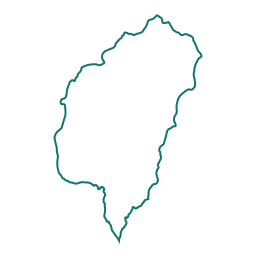 San Juanito, Meta, Colombia
{"feature_id": "7082276B64905433101217", "entity_name": "San Juanito", "entity_type": "district", "adm_level": 2, "iso_a3": "COL", "parent_name": "Colombia", "parent_adm1": "Meta", "projection": "equal_earth", "projection_center": [-73.664, 4.461], "detail": "fine", "context": "isolated", "style": "outline", "palette": "teal", "viewbox_px": 256, "rotation_deg": 0, "n_neighbors": 0, "source": "geoboundaries", "source_scale": "gbopen_adm2", "svg_char_len": 5773}
<svg xmlns="http://www.w3.org/2000/svg" viewBox="0 0 256 256"><path d="M119.6,39.2L117.8,41.0L117.3,41.9L116.7,42.5L116.2,42.8L115.7,43.7L115.0,45.9L114.6,46.5L113.7,47.5L111.0,48.8L108.8,49.5L104.6,51.5L102.9,53.6L102.2,54.9L102.0,57.7L102.6,59.3L103.7,61.3L104.2,61.9L104.2,62.4L104.2,62.8L104.0,63.1L102.8,63.9L100.1,65.2L99.2,65.2L96.4,64.4L94.5,64.2L90.5,64.5L88.4,64.9L85.2,65.8L84.2,66.3L82.8,66.8L81.6,67.8L81.5,68.1L81.4,68.9L81.3,69.7L81.0,70.4L80.2,71.5L79.8,72.2L78.5,73.4L78.0,74.2L77.7,75.4L77.4,76.4L77.0,76.9L76.5,77.1L75.9,77.9L75.2,79.5L75.0,80.5L74.6,81.0L74.4,81.1L73.9,80.9L73.4,80.4L72.2,80.2L70.2,81.5L69.9,82.1L69.5,82.9L68.9,84.6L68.2,86.3L67.1,89.6L66.5,94.5L65.9,96.6L65.6,97.4L64.5,98.3L63.9,98.6L61.8,99.3L61.6,99.5L61.1,100.0L60.8,101.3L60.7,102.5L60.9,103.4L61.0,103.6L61.2,103.8L61.9,104.1L63.7,104.2L64.4,104.4L64.6,104.6L64.9,105.3L65.4,109.3L65.5,112.4L65.3,116.0L64.9,116.8L63.5,121.3L62.8,124.0L62.4,125.0L61.8,127.3L61.4,128.1L60.9,128.7L60.1,129.3L58.9,130.5L57.4,131.5L56.6,132.8L55.7,133.9L55.1,135.5L54.5,137.5L54.6,138.5L54.8,139.5L55.8,144.0L56.4,146.3L56.7,147.6L56.8,149.2L56.8,150.8L57.1,152.7L57.3,153.8L57.7,154.8L57.9,155.9L57.9,156.6L57.8,157.5L57.3,161.6L57.4,166.3L58.0,169.5L58.8,172.4L59.2,173.4L59.6,173.9L61.1,175.4L62.3,177.9L62.5,178.1L64.1,178.8L64.6,179.5L65.9,180.4L66.3,180.6L67.2,180.6L67.8,180.9L69.3,182.1L71.1,182.5L72.7,182.7L73.7,183.2L74.5,183.5L76.7,183.5L78.5,183.1L79.2,182.7L80.6,182.6L81.4,182.1L81.9,182.1L84.6,182.4L85.1,182.3L86.2,182.5L87.2,182.4L87.8,182.6L88.9,182.7L90.0,183.0L91.7,184.0L92.7,184.8L93.2,185.4L93.7,185.7L94.2,185.7L94.6,185.1L94.8,185.1L95.4,185.1L96.2,185.1L96.8,185.6L97.2,185.9L97.3,186.1L97.6,187.0L97.8,187.4L98.1,188.6L98.3,189.1L98.5,189.2L98.8,189.2L99.0,188.9L99.8,188.9L100.1,188.3L100.3,187.5L100.4,187.4L101.0,187.5L101.8,187.0L102.2,187.1L102.6,187.0L103.2,187.9L103.6,188.1L103.9,188.2L104.1,188.4L104.2,188.9L104.2,189.4L103.8,190.2L103.6,191.1L103.6,191.5L103.8,192.2L104.5,193.0L105.0,194.0L105.2,194.8L104.7,196.5L104.4,196.8L103.8,198.4L103.6,199.1L103.5,199.5L103.8,202.5L104.0,202.7L104.6,203.2L104.9,203.7L104.9,204.0L104.6,205.8L105.0,207.3L105.1,208.2L105.0,209.4L105.1,210.6L105.1,211.6L104.4,214.5L104.3,216.1L104.4,216.8L105.4,218.3L106.0,219.6L106.5,220.3L106.6,220.8L106.8,221.5L107.0,221.6L108.6,221.7L109.1,222.1L108.9,222.7L109.0,223.0L110.1,224.3L110.7,225.3L111.1,226.2L111.4,228.1L111.9,230.0L112.5,231.1L112.9,231.5L113.6,232.7L114.4,233.6L115.0,234.6L116.0,236.1L116.8,236.9L117.6,238.0L118.1,238.8L118.8,240.3L119.0,240.6L119.0,240.0L119.3,238.6L119.9,237.5L120.3,236.3L120.7,234.7L120.7,232.6L122.0,229.7L122.3,228.8L122.5,228.5L123.2,228.4L123.6,228.0L125.0,225.9L126.0,224.5L126.3,223.8L126.5,223.2L126.4,222.3L126.1,221.6L125.5,220.8L125.4,220.3L125.5,218.9L125.2,218.1L125.3,217.7L125.6,217.4L126.0,217.2L126.7,217.8L127.1,217.8L127.3,217.7L127.8,217.2L128.1,216.7L128.5,215.0L128.8,214.3L129.2,213.9L130.1,213.2L130.7,212.4L131.3,211.0L132.0,209.8L132.5,208.7L132.6,207.6L133.0,207.1L133.6,207.0L134.8,208.1L135.7,208.5L136.9,207.8L137.5,207.8L138.3,207.1L138.7,206.6L139.6,206.5L140.3,206.1L140.8,205.9L141.0,205.8L142.0,204.4L142.3,203.5L142.8,202.9L143.4,202.7L143.7,202.1L144.1,201.7L144.6,200.3L145.2,200.1L145.9,199.9L148.4,198.9L148.2,198.3L148.0,197.3L148.0,197.0L148.5,195.4L148.6,192.1L148.9,190.5L149.2,189.6L149.6,188.8L150.3,187.8L151.5,186.6L151.9,185.7L152.6,184.8L153.7,184.2L155.1,184.0L156.2,183.7L156.7,183.2L157.0,182.8L157.6,181.7L157.8,181.2L157.8,180.7L157.7,178.7L157.6,178.1L156.9,176.3L156.5,174.6L156.4,173.3L156.4,172.2L157.0,170.2L157.3,169.4L157.9,168.7L158.4,168.0L158.6,167.6L158.6,167.3L158.5,166.9L157.9,165.1L157.9,164.5L158.1,163.9L158.9,162.9L159.4,161.5L160.1,160.3L160.3,159.8L161.0,158.2L161.1,157.9L161.1,157.4L160.4,154.8L160.3,152.6L160.1,151.9L159.2,150.7L159.2,149.9L159.9,147.4L160.2,146.9L161.9,145.4L162.5,145.1L163.1,144.7L163.8,143.8L164.0,143.2L164.8,140.1L165.6,137.7L166.2,134.9L166.8,132.6L167.4,130.8L168.0,129.8L169.0,128.9L170.0,128.6L170.6,128.3L172.3,127.1L173.0,126.4L173.4,126.4L174.7,126.4L175.3,126.2L175.7,125.7L175.7,125.1L175.5,123.9L174.5,122.1L174.2,121.0L174.0,120.1L174.0,118.9L174.2,117.5L174.7,116.3L176.2,113.8L176.7,112.2L176.8,110.7L176.7,109.6L176.5,106.4L176.6,105.2L177.2,102.4L178.1,98.9L180.2,95.6L182.6,93.3L183.6,92.6L184.9,91.4L186.8,90.2L188.6,89.3L189.3,89.4L190.8,89.8L191.7,89.7L192.4,89.3L193.3,88.5L194.2,87.4L194.9,86.2L195.1,84.5L195.1,83.2L194.9,81.4L194.4,78.3L194.0,76.7L193.7,75.1L193.7,73.7L194.2,71.2L194.5,68.4L195.0,66.1L196.0,63.5L196.9,61.6L198.1,59.4L198.8,58.3L199.5,57.8L200.2,57.4L201.2,56.7L201.5,56.2L201.3,55.2L200.8,54.0L199.6,52.5L197.9,50.8L196.2,46.1L195.3,44.2L194.6,42.6L193.5,40.7L193.2,40.0L193.1,38.3L193.0,38.0L192.7,37.6L192.2,37.1L191.4,36.3L190.6,35.9L187.3,34.5L185.8,34.1L184.8,34.1L183.9,34.4L183.3,34.8L182.7,35.0L181.5,35.1L181.0,34.9L180.3,34.4L179.8,33.9L179.2,33.1L178.8,32.9L178.2,32.5L176.8,32.3L175.7,31.6L174.6,30.7L173.5,30.4L173.3,30.1L172.7,29.0L172.3,28.5L171.2,26.3L170.0,24.5L169.7,23.7L168.9,22.5L168.2,22.1L166.2,22.9L164.5,22.9L164.0,23.0L163.3,23.0L163.1,22.9L162.8,22.7L162.6,22.3L162.4,21.8L161.9,19.2L161.6,18.6L161.2,17.9L160.9,17.6L159.6,17.1L159.2,16.8L157.9,15.6L157.0,15.4L156.7,15.5L156.4,15.7L155.7,16.7L152.9,19.0L151.6,19.3L150.1,19.9L149.6,19.8L149.3,19.9L148.9,20.2L148.4,20.7L147.8,21.7L147.2,23.9L146.0,26.6L145.0,28.1L143.8,29.6L142.9,31.1L142.1,32.0L141.6,32.3L140.5,32.7L138.9,33.4L137.2,33.7L136.4,34.0L134.5,34.9L133.2,35.0L132.5,34.4L130.9,33.9L129.7,33.8L128.5,33.9L127.2,33.0L125.9,32.6L124.8,32.5L124.4,32.8L124.2,33.6L123.5,35.0L123.2,35.4L122.8,35.6L122.4,35.7L122.2,36.0L121.6,37.7L121.2,38.1L119.6,39.2Z" fill="none" stroke="#0f766e" stroke-width="2"/></svg>